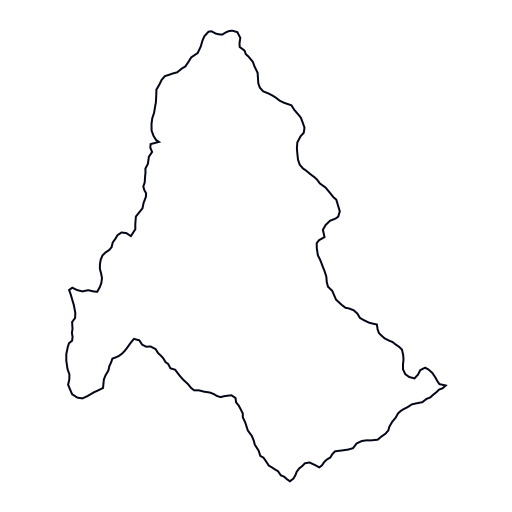 Bauru, São Paulo, Brazil
{"feature_id": "56859067B67104072905137", "entity_name": "Bauru", "entity_type": "district", "adm_level": 2, "iso_a3": "BRA", "parent_name": "Brazil", "parent_adm1": "São Paulo", "projection": "natural_earth1", "projection_center": [-49.125, -22.239], "detail": "fine", "context": "isolated", "style": "outline", "palette": "ink", "viewbox_px": 512, "rotation_deg": 0, "n_neighbors": 0, "source": "geoboundaries", "source_scale": "gbopen_adm2", "svg_char_len": 3723}
<svg xmlns="http://www.w3.org/2000/svg" viewBox="0 0 512 512"><path d="M445.7,385.5L439.4,384.1L437.3,381.0L435.2,377.2L432.3,372.9L428.2,369.3L425.1,367.7L420.3,370.1L418.0,374.6L414.5,378.4L409.2,377.0L405.3,374.2L403.0,369.3L403.0,364.3L403.5,359.6L403.2,355.2L402.0,349.7L399.2,346.9L395.4,344.3L392.5,342.0L389.2,340.7L384.7,338.4L381.7,335.8L378.9,333.0L377.6,329.4L376.9,324.5L373.1,323.7L369.1,322.7L363.9,320.2L359.9,317.9L357.4,313.6L353.6,310.2L348.8,308.4L345.5,307.8L341.5,304.7L336.0,299.6L332.2,290.8L328.0,286.7L326.8,282.3L326.3,276.5L324.5,271.0L323.0,267.3L321.0,261.9L319.5,258.5L317.9,255.4L316.8,248.4L316.7,243.2L319.0,240.2L324.5,237.1L322.9,229.8L325.6,225.0L330.1,220.7L335.5,218.6L338.2,216.7L339.8,211.4L336.3,199.7L333.4,197.2L330.0,192.9L325.6,187.6L319.8,183.4L317.2,179.8L314.8,177.5L310.3,174.1L305.7,170.3L303.0,168.5L299.7,164.7L298.0,159.6L297.4,154.2L296.9,148.5L297.3,142.5L300.6,136.2L303.7,132.9L304.5,127.7L302.6,122.3L300.9,117.8L298.7,115.0L294.3,109.9L291.4,105.3L284.1,102.8L279.7,100.7L275.5,97.4L272.2,95.4L268.7,93.6L263.1,91.3L259.8,87.6L258.3,83.3L257.6,72.8L254.5,66.4L252.8,61.8L248.5,56.6L245.8,54.1L244.5,50.6L239.7,47.0L239.5,43.3L240.3,37.9L237.3,32.1L232.3,30.7L229.2,31.0L226.0,32.3L222.2,34.6L218.8,34.3L215.8,33.6L211.5,31.3L208.5,31.7L204.3,36.3L202.4,40.8L200.8,46.4L197.7,53.0L191.2,57.4L188.7,61.5L185.3,66.5L182.0,68.4L177.2,72.3L172.4,73.6L169.1,74.8L164.9,76.1L161.7,79.8L159.2,84.9L156.4,89.6L156.3,94.0L155.9,102.2L154.8,108.3L154.1,112.8L152.3,118.1L151.5,123.9L151.6,130.7L153.6,136.1L156.1,140.0L158.9,141.9L150.6,144.1L150.3,147.7L152.1,152.0L148.9,156.7L147.9,163.8L145.4,168.6L145.5,172.5L145.1,176.3L144.7,182.4L143.3,186.6L144.4,190.3L146.1,193.3L145.9,196.9L143.6,202.8L142.5,208.3L135.9,216.5L135.3,223.8L135.3,229.3L130.9,236.1L126.3,233.1L121.5,232.5L117.6,235.1L115.3,238.9L112.7,242.5L111.6,247.2L109.2,250.0L105.5,252.5L102.5,255.4L100.7,259.7L99.9,264.5L99.9,269.0L101.1,273.4L102.0,278.1L101.3,283.1L99.9,286.9L97.2,291.8L93.4,291.4L88.2,290.2L82.5,291.4L76.9,290.0L72.3,287.7L69.1,290.0L70.6,294.1L72.3,299.9L73.8,305.0L74.5,308.7L75.3,312.8L75.1,317.9L72.1,322.1L72.5,328.8L71.9,333.1L72.6,336.8L72.1,340.7L69.0,343.2L67.8,346.9L66.3,354.1L66.3,360.8L67.5,368.9L69.4,374.5L69.3,379.6L68.1,384.7L70.0,389.3L72.1,394.2L77.3,397.6L82.4,398.4L87.3,396.2L93.9,392.3L97.9,390.5L103.0,388.0L103.4,384.2L103.9,379.4L105.4,375.6L108.4,370.4L109.4,366.0L111.1,362.4L112.4,358.6L115.7,357.4L118.8,356.0L122.1,353.6L124.5,351.1L126.9,348.1L130.3,343.3L133.9,338.9L139.3,340.3L142.1,344.6L146.1,346.7L150.6,346.5L155.6,349.1L158.1,353.1L160.8,355.6L163.2,358.2L165.6,362.2L168.2,364.0L170.4,368.3L175.1,369.7L179.5,375.5L183.1,379.6L187.9,384.0L191.2,388.1L194.2,390.3L198.7,390.3L204.2,391.7L209.7,392.5L213.9,394.1L216.7,395.9L220.5,397.1L224.2,396.2L227.7,395.7L231.5,395.3L235.5,398.0L236.1,402.4L238.8,405.7L241.0,409.9L242.8,413.5L242.8,417.3L245.3,422.6L246.5,426.4L247.8,430.5L251.8,435.9L253.8,440.8L254.8,444.7L258.6,450.6L260.3,455.9L263.5,457.7L265.6,460.7L268.8,465.6L271.9,467.4L274.9,469.4L278.0,471.2L280.8,475.3L284.1,476.7L286.7,479.0L289.9,481.3L293.5,478.5L295.4,475.2L296.7,471.8L299.2,468.4L302.2,466.1L304.9,463.3L309.5,462.5L315.3,465.2L319.3,467.4L322.0,465.3L324.3,461.9L326.6,459.7L330.3,457.5L332.5,453.9L335.1,451.3L341.6,450.5L348.0,449.6L353.0,448.2L356.7,443.4L361.8,441.0L366.7,440.3L370.6,440.4L373.7,440.1L377.7,439.7L381.2,436.7L385.5,433.7L388.4,430.3L389.3,426.8L392.2,421.8L395.7,417.6L398.1,413.3L400.9,410.8L403.7,409.1L407.5,407.2L411.8,404.4L416.1,403.4L422.3,402.2L426.5,398.9L430.3,397.4L433.0,394.9L436.4,392.2L439.2,389.5L442.6,388.3L445.7,385.5Z" fill="none" stroke="#020617" stroke-width="2"/></svg>